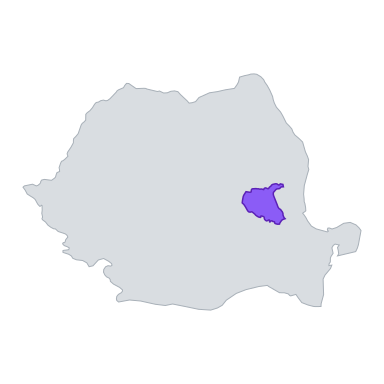 where Vrancea sits in Romania
{"feature_id": "ROU-317", "entity_name": "Vrancea", "entity_type": "County", "adm_level": 1, "iso_a3": "ROU", "parent_name": "Romania", "parent_adm1": "", "projection": "mercator", "projection_center": [27.101, 45.78], "detail": "fine", "context": "in_parent", "style": "filled", "palette": "violet", "viewbox_px": 384, "rotation_deg": 0, "n_neighbors": 0, "source": "natural_earth", "source_scale": "10m", "svg_char_len": 5346}
<svg xmlns="http://www.w3.org/2000/svg" viewBox="0 0 384 384"><path d="M307.6,220.9L311.4,226.1L316.2,228.9L327.2,231.9L328.2,231.5L328.3,231.0L327.5,230.2L327.4,229.2L328.0,228.0L329.5,228.0L332.0,229.0L336.7,227.5L343.7,223.3L350.2,222.4L356.0,224.9L359.0,227.8L361.0,230.5L360.4,233.9L360.0,236.0L358.4,244.7L357.4,248.0L355.7,251.6L337.5,255.9L338.7,253.8L338.2,250.2L337.5,247.5L339.2,245.0L335.1,244.1L333.3,245.4L331.9,247.8L333.1,253.3L331.1,256.3L330.4,258.0L330.3,262.0L329.1,263.7L328.9,265.6L331.8,265.1L330.5,268.5L325.0,275.1L323.1,279.1L323.6,294.6L321.1,303.8L321.0,306.5L315.2,306.6L313.4,306.4L308.0,305.0L301.8,302.6L298.2,297.8L295.9,294.4L290.7,295.9L289.7,295.5L288.3,293.9L284.4,292.8L279.5,292.7L268.7,286.5L267.4,285.4L258.9,286.5L246.1,289.6L236.3,293.4L226.3,300.2L222.2,305.3L217.4,308.0L210.7,310.1L198.6,309.3L186.1,306.7L172.6,304.0L165.3,305.5L155.5,304.3L140.6,301.0L129.5,300.0L118.6,302.0L116.8,300.5L116.4,298.8L116.8,296.4L118.4,294.4L121.0,292.9L122.4,291.4L122.5,289.9L119.6,287.4L113.5,284.1L111.0,281.9L110.4,281.4L110.2,279.5L109.0,278.0L106.6,276.9L104.8,274.9L103.5,272.1L103.8,269.4L105.6,266.8L108.0,265.7L110.8,266.1L112.0,265.3L111.6,263.6L108.7,261.3L103.6,258.5L98.3,260.0L93.0,265.8L89.1,266.7L86.8,262.8L82.6,260.5L76.5,259.8L72.8,258.3L71.4,256.0L68.8,254.3L63.0,252.4L62.9,250.7L63.8,250.3L65.9,250.1L68.7,249.7L69.1,248.7L69.2,247.8L67.0,246.6L64.7,245.8L63.6,245.0L62.9,244.2L62.7,243.3L63.4,242.6L64.2,242.6L65.1,242.0L65.6,239.9L66.8,238.2L67.7,237.5L67.6,236.2L66.7,235.0L65.5,234.0L63.7,233.3L58.2,231.5L55.4,228.9L53.7,228.8L51.0,227.4L48.0,225.2L45.5,222.0L42.8,220.0L42.1,219.1L42.0,218.3L42.5,217.5L42.5,216.5L41.8,213.4L42.2,210.1L42.1,207.0L42.1,205.6L41.5,205.2L41.1,205.6L40.4,206.2L39.7,206.3L37.7,204.1L35.2,199.5L33.4,197.9L30.0,195.8L27.2,194.0L25.2,190.2L23.0,187.2L24.4,185.9L32.5,184.2L36.3,185.9L38.0,185.3L39.7,183.9L40.6,182.7L40.7,181.6L41.6,180.1L44.3,179.4L51.5,180.3L54.5,178.2L55.5,177.1L56.2,174.6L57.0,172.6L59.6,171.5L59.5,169.7L59.1,167.6L60.6,163.2L61.5,161.3L63.0,160.7L64.8,159.3L67.9,156.3L67.1,153.8L67.8,151.9L71.0,147.2L73.4,142.8L73.4,140.5L73.7,138.6L75.9,136.4L78.2,133.6L81.2,124.9L82.2,123.4L84.2,121.8L85.7,120.1L85.8,114.3L87.2,112.7L89.8,110.8L92.4,107.8L94.6,104.2L96.2,102.5L98.4,102.1L100.7,100.7L103.4,100.1L105.9,100.8L107.5,100.5L110.0,98.7L116.2,92.2L117.1,90.8L118.4,89.9L123.5,87.7L124.8,85.4L126.5,83.4L128.8,83.5L136.1,88.6L144.0,88.3L145.4,88.4L145.9,88.5L146.8,89.0L157.3,91.5L158.9,91.2L159.4,91.0L163.6,93.0L167.3,92.8L170.8,91.3L174.5,90.9L177.9,91.7L180.5,94.6L187.1,100.8L189.1,103.1L192.2,102.7L195.6,101.6L199.0,97.5L209.5,92.8L217.5,91.6L225.4,89.8L234.4,88.4L237.1,84.6L238.5,82.0L239.6,77.1L244.4,75.7L249.1,74.7L250.7,74.1L254.1,73.9L256.8,74.3L260.8,76.7L263.7,79.7L264.8,82.1L267.2,85.5L269.8,90.2L272.6,96.5L273.2,99.6L274.3,103.0L276.4,107.2L280.4,111.8L280.9,112.6L282.8,115.9L286.3,123.0L289.2,125.9L291.8,128.9L293.0,132.1L294.8,134.9L299.1,138.6L302.6,142.0L305.4,151.8L307.4,156.2L308.6,159.6L308.0,166.5L308.8,169.5L307.2,174.8L304.3,185.6L303.6,194.2L304.1,198.8L304.2,201.7L304.9,203.6L305.6,207.5L305.8,210.8L304.7,211.8L303.3,212.6L302.7,213.3L304.0,214.8L305.9,217.6L307.6,220.9Z" fill="#d9dde1" stroke="#a8b0b8" stroke-width="1"/><path d="M242.2,202.9L242.5,200.4L243.0,197.8L243.1,197.0L243.7,195.3L246.0,191.7L250.1,192.3L251.2,191.8L251.2,191.3L251.3,190.3L251.4,189.8L251.6,189.4L252.0,189.0L252.6,188.8L256.0,188.6L257.1,188.8L258.7,188.8L259.5,189.1L260.1,189.2L260.8,189.0L261.4,189.0L262.0,189.1L263.4,189.6L263.7,189.6L263.8,189.4L263.9,189.0L264.1,188.6L264.4,188.3L265.0,188.0L265.6,187.9L266.0,188.0L267.9,188.7L268.4,188.6L268.7,188.4L269.1,187.6L269.4,187.2L270.4,186.5L270.8,186.2L271.4,185.3L271.8,184.9L272.7,184.4L275.3,183.8L276.2,183.8L276.9,183.9L278.4,184.9L279.1,184.9L279.5,184.8L279.8,184.6L280.0,184.2L280.2,183.9L280.6,183.9L281.8,184.2L282.9,184.4L283.4,186.8L281.3,186.9L281.0,187.1L280.6,187.5L280.2,188.0L279.6,188.5L279.1,188.7L277.8,188.8L276.8,189.0L276.1,189.4L275.4,190.1L274.5,191.2L274.0,191.7L273.7,192.1L273.4,192.6L273.3,193.2L273.3,194.3L273.6,195.7L277.4,205.3L277.6,206.1L277.9,206.7L278.1,207.2L279.0,208.5L279.3,208.8L280.3,209.3L280.7,209.6L280.9,209.9L281.0,210.2L281.3,210.6L282.0,211.4L282.4,212.0L282.7,212.7L283.0,213.8L283.0,214.4L283.0,214.9L283.1,215.3L283.8,217.1L284.1,217.7L285.1,218.7L282.9,219.5L282.2,219.9L281.6,220.5L280.7,221.7L279.8,223.1L279.5,224.1L277.8,224.2L277.0,224.1L275.3,223.6L275.0,223.4L274.7,223.0L274.6,222.6L274.6,222.3L274.5,221.9L274.2,221.7L273.8,221.6L273.1,221.6L272.8,221.5L272.5,221.2L272.1,220.9L271.5,220.8L271.2,220.9L270.8,221.2L270.5,221.5L270.2,221.8L269.9,222.0L269.6,221.9L269.5,221.4L269.6,220.5L269.5,220.2L269.3,220.0L268.8,220.0L268.4,220.1L267.5,220.6L267.1,220.8L266.6,220.9L266.1,220.7L265.5,220.3L264.6,219.3L264.3,218.6L264.3,218.0L264.3,217.6L264.1,217.1L263.5,216.6L262.4,216.2L261.6,216.0L261.0,216.0L260.8,216.2L260.7,216.4L260.7,216.6L260.8,216.7L260.8,216.9L260.8,217.0L260.7,217.2L260.6,217.4L260.3,217.4L260.0,217.4L259.5,217.2L258.8,217.1L258.3,216.9L256.8,216.0L255.6,215.1L254.8,214.1L252.5,212.2L251.7,211.8L251.3,211.8L250.9,212.0L250.5,212.1L250.0,212.1L249.0,212.0L248.3,211.5L247.6,210.7L245.3,206.6L243.8,204.4L242.2,202.9Z" fill="#8b5cf6" stroke="#5b21b6" stroke-width="1.5"/></svg>